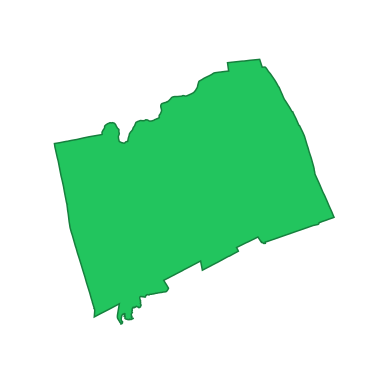 outline of Ciolanesti, Teleorman, Romania, rotated 101°
{"feature_id": "2599482B19032690009804", "entity_name": "Ciolanesti", "entity_type": "district", "adm_level": 2, "iso_a3": "ROU", "parent_name": "Romania", "parent_adm1": "Teleorman", "projection": "albers", "projection_center": [25.104, 44.33], "detail": "fine", "context": "isolated", "style": "filled", "palette": "green", "viewbox_px": 384, "rotation_deg": 101, "n_neighbors": 0, "source": "geoboundaries", "source_scale": "gbopen_adm2", "svg_char_len": 5912}
<svg xmlns="http://www.w3.org/2000/svg" viewBox="0 0 384 384"><g transform="rotate(101 192 192)"><path d="M333.3,264.1L329.1,258.9L323.0,251.1L315.6,242.0L326.6,241.7L327.9,241.6L329.0,241.4L329.9,241.1L330.7,240.5L332.0,239.3L332.9,238.4L333.2,238.3L333.6,237.9L334.5,236.8L334.7,236.6L335.1,236.5L334.7,235.8L334.6,235.7L334.0,235.6L334.0,235.4L333.9,235.3L332.8,235.4L332.6,235.4L332.4,235.6L332.5,235.8L332.3,236.0L332.1,236.4L331.2,237.1L330.2,237.2L329.6,237.4L328.6,237.4L327.9,237.2L327.4,237.4L327.2,237.5L326.3,237.2L325.2,236.6L325.2,236.3L325.2,236.1L325.0,235.9L324.5,235.7L324.2,235.1L324.3,234.8L324.4,234.6L325.2,234.7L325.6,234.4L325.9,234.4L326.8,235.0L326.9,234.8L326.6,234.5L326.6,234.4L326.6,234.2L326.8,234.0L327.2,233.7L328.1,233.8L328.7,233.8L329.0,233.5L329.3,232.8L329.4,231.3L329.5,231.0L329.4,230.8L329.5,230.2L329.3,229.2L328.8,229.1L328.7,228.8L328.7,228.6L328.9,228.2L328.8,227.4L327.9,226.3L327.5,225.7L327.3,225.6L327.2,225.7L327.2,226.2L327.1,226.7L326.3,227.7L326.1,227.7L325.9,227.3L325.8,227.2L324.9,227.8L323.6,228.3L323.1,228.2L322.7,228.0L321.6,227.6L321.4,227.9L321.2,228.0L320.4,228.3L319.9,228.0L319.7,228.0L319.1,228.2L318.7,228.4L318.0,228.4L317.5,228.2L317.0,228.1L316.4,227.8L316.4,227.5L316.7,227.2L316.8,226.9L316.7,226.8L316.3,226.9L316.1,226.8L316.0,226.6L316.1,226.1L316.0,225.8L315.4,225.4L314.8,224.8L314.8,224.7L315.1,224.1L315.2,223.8L315.1,223.1L315.6,222.3L315.7,222.1L315.5,221.8L315.4,221.4L315.1,221.1L314.9,221.0L314.4,220.6L314.0,220.7L313.8,220.7L313.4,220.7L313.0,220.4L312.8,220.4L312.0,220.8L311.6,221.2L311.2,221.5L310.7,221.3L309.7,221.5L309.3,221.8L308.8,221.8L308.4,221.8L308.2,222.1L307.7,222.3L306.5,223.0L305.2,223.2L304.5,222.7L304.3,222.4L304.3,222.2L304.4,221.8L304.4,221.6L304.1,221.1L304.3,220.5L304.3,220.3L304.3,220.0L303.9,219.4L304.2,218.9L304.1,217.9L303.9,217.7L302.5,217.6L302.1,217.2L301.9,216.9L301.6,216.9L301.4,216.6L301.2,216.1L301.2,215.8L301.3,215.1L301.2,214.4L300.6,214.0L300.4,213.7L300.1,212.2L299.3,210.5L299.4,210.4L298.7,208.8L298.4,208.5L298.1,207.2L297.5,206.0L296.6,203.4L296.4,202.6L295.6,200.9L295.2,199.4L294.8,198.5L294.6,198.2L294.0,197.8L293.0,197.3L291.2,196.7L290.8,196.8L288.9,198.5L288.2,199.1L287.2,200.0L286.9,200.4L284.1,202.9L275.5,192.1L274.7,191.1L271.0,186.4L269.6,184.9L268.9,183.9L258.1,170.4L266.8,166.9L256.9,154.5L256.5,153.9L250.0,146.1L248.5,144.3L247.6,142.8L244.8,139.5L241.3,135.2L240.2,135.9L238.0,137.7L232.1,130.0L231.7,129.5L230.2,127.3L223.6,118.7L227.8,114.6L227.6,114.5L227.5,114.3L228.3,113.7L228.3,112.7L228.8,112.0L228.7,111.2L228.4,110.2L227.2,110.6L226.7,109.5L201.6,66.4L201.3,65.6L199.8,62.1L199.3,61.6L198.7,61.4L198.0,61.4L197.6,61.0L196.8,59.5L196.5,59.2L194.0,54.8L192.8,52.9L190.4,48.7L189.7,47.7L188.8,48.4L185.1,50.8L179.2,55.0L175.0,57.8L170.1,61.2L167.3,63.4L159.7,68.5L151.0,74.7L148.7,75.5L146.9,76.3L145.8,76.6L143.6,77.6L136.0,81.4L130.2,84.7L126.9,86.3L123.9,88.0L116.2,92.0L115.2,92.6L112.2,94.7L106.5,99.0L106.3,99.2L106.2,99.4L106.2,99.8L100.3,103.8L95.1,107.8L94.1,108.3L94.0,108.5L94.1,108.9L94.0,109.2L90.3,112.4L84.7,117.7L83.6,118.9L81.3,120.6L79.1,122.0L77.6,123.1L72.6,126.5L71.9,127.4L69.9,129.0L67.7,130.9L67.1,131.5L66.6,131.9L61.0,137.6L59.1,140.0L56.3,142.7L55.8,143.4L55.5,143.8L55.5,144.3L55.5,144.6L56.1,146.9L48.9,150.9L51.8,160.7L53.5,165.8L54.0,167.9L54.4,169.2L58.3,181.8L66.3,179.1L67.0,181.4L67.4,182.8L67.7,183.6L68.0,184.7L68.7,186.5L69.2,188.2L70.4,191.8L71.0,193.2L71.3,193.5L72.0,194.3L72.8,195.0L74.5,197.1L76.6,200.0L78.3,202.2L79.7,203.6L81.7,206.0L82.0,206.2L82.6,206.4L85.9,206.7L88.0,206.7L88.8,206.9L89.2,207.1L91.3,207.8L93.4,208.9L94.3,209.6L95.7,211.3L98.7,215.6L98.9,216.1L99.1,216.6L99.1,217.2L99.0,218.3L99.0,218.8L99.1,219.3L99.2,219.5L99.8,220.3L100.0,220.7L100.5,222.6L101.0,224.2L101.7,227.5L101.9,228.0L102.6,229.4L102.9,229.7L103.3,230.1L103.8,230.4L104.4,230.6L107.0,232.3L108.0,233.1L108.4,233.7L108.2,233.8L109.3,235.2L109.5,235.5L109.6,236.2L110.0,236.7L110.9,238.3L111.5,238.8L112.0,238.9L112.4,239.1L113.3,239.1L114.3,238.9L115.2,238.5L116.7,237.8L117.5,237.5L118.0,237.4L119.2,237.5L120.4,237.8L121.9,238.2L122.9,238.8L123.3,238.8L124.4,238.6L125.0,238.3L125.3,238.4L126.6,240.0L126.8,240.5L127.2,240.9L128.1,242.4L128.6,242.8L129.0,243.4L129.9,245.0L130.2,246.0L130.5,247.1L130.5,247.4L130.0,248.8L129.8,249.5L129.9,250.7L129.9,251.0L130.0,251.2L130.2,251.5L130.7,251.9L130.9,252.2L131.2,252.9L131.5,254.5L131.6,255.9L131.7,256.4L132.5,257.6L133.0,258.6L134.3,260.2L134.8,260.4L138.0,261.0L139.0,261.4L139.4,261.7L140.3,262.0L142.1,262.2L143.6,262.9L144.8,263.7L146.8,264.5L148.8,264.5L151.1,264.8L154.7,264.8L154.8,265.0L154.9,265.7L155.2,266.3L155.7,266.8L156.7,267.4L156.9,267.6L157.1,268.1L157.0,269.2L157.0,270.4L156.5,272.4L156.4,272.7L156.0,273.2L153.6,274.3L151.6,274.9L151.1,274.9L149.9,274.6L148.6,274.5L146.7,275.3L146.0,275.5L145.2,275.5L144.8,275.6L144.4,275.9L143.8,277.0L143.6,277.3L141.7,279.0L140.6,279.7L140.1,280.2L139.3,281.3L139.2,282.2L139.1,283.2L139.2,283.6L139.3,283.8L139.6,284.1L139.6,285.1L139.6,285.6L139.7,285.9L140.1,286.3L141.1,287.9L142.5,289.3L143.6,290.1L144.2,290.3L145.3,290.1L146.0,290.2L146.5,290.3L148.0,291.0L150.3,291.7L150.7,291.7L152.4,291.2L152.5,291.2L152.5,291.5L152.9,291.8L153.1,292.1L157.4,303.5L159.7,309.0L162.4,315.0L164.4,320.3L165.9,323.8L166.1,324.1L166.2,324.7L166.3,325.1L168.9,331.4L170.7,336.3L174.4,335.0L175.7,334.4L184.4,330.6L187.0,329.3L201.2,323.6L205.3,321.7L211.1,319.2L216.6,317.1L226.0,313.3L227.1,312.8L227.7,312.4L227.8,312.2L228.1,312.4L232.3,311.0L232.8,310.9L237.2,309.3L245.0,306.8L245.2,306.7L250.2,304.9L254.3,302.9L257.5,301.1L267.6,296.0L269.1,295.1L273.9,292.7L278.2,290.3L285.1,286.6L291.0,283.5L295.8,280.9L301.2,278.2L310.8,273.0L315.3,270.8L318.2,269.2L319.4,268.7L323.5,266.5L323.9,266.2L325.0,266.0L325.0,265.6L326.7,264.9L327.4,264.8L333.3,264.1Z" fill="#22c55e" stroke="#15803d" stroke-width="1.5"/></g></svg>